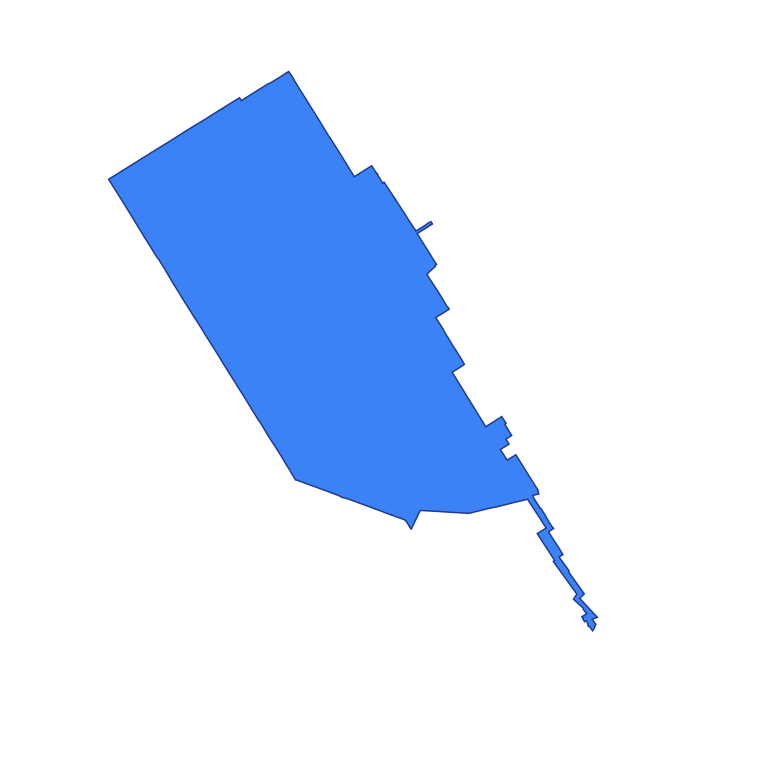 outline of Valle Hermoso, Tamaulipas, Mexico, rotated 148°
{"feature_id": "50627088B70713462324597", "entity_name": "Valle Hermoso", "entity_type": "district", "adm_level": 2, "iso_a3": "MEX", "parent_name": "Mexico", "parent_adm1": "Tamaulipas", "projection": "mercator", "projection_center": [-97.883, 25.782], "detail": "fine", "context": "isolated", "style": "filled", "palette": "blue", "viewbox_px": 768, "rotation_deg": 148, "n_neighbors": 0, "source": "geoboundaries", "source_scale": "gbopen_adm2", "svg_char_len": 5144}
<svg xmlns="http://www.w3.org/2000/svg" viewBox="0 0 768 768"><g transform="rotate(148 384 384)"><path d="M372.2,703.4L375.3,703.4L375.2,703.0L376.2,703.4L385.7,703.4L385.9,703.4L395.9,703.3L396.4,703.3L406.2,703.5L416.8,703.6L426.5,703.5L426.9,703.5L437.2,703.4L447.3,703.5L457.5,703.5L458.9,703.8L459.9,703.5L467.8,703.5L468.4,703.6L477.9,703.5L478.5,703.6L487.8,703.5L488.6,703.5L493.1,703.6L494.6,703.5L498.8,703.5L509.0,703.6L509.1,694.4L509.0,693.5L509.0,682.7L509.0,672.6L509.0,672.4L509.0,669.9L509.1,662.7L509.1,661.9L509.2,652.1L509.2,651.2L509.3,641.2L509.4,634.8L509.3,631.1L509.4,620.7L509.4,611.1L509.0,610.4L509.1,600.2L509.0,599.9L509.2,590.0L509.2,589.8L509.3,589.5L509.5,579.5L509.5,579.1L509.5,569.0L509.6,565.7L509.6,558.7L509.5,548.1L509.6,540.9L509.4,538.2L509.4,527.7L509.5,517.2L509.4,517.1L509.4,506.9L509.4,505.4L509.4,495.5L509.5,485.9L509.5,476.1L509.5,465.6L509.5,455.0L509.4,451.9L509.4,448.1L509.4,445.6L509.4,445.1L509.5,441.9L509.5,434.5L509.6,434.4L509.6,423.9L509.6,418.7L509.3,418.6L509.5,409.4L509.6,403.2L509.6,392.5L509.4,392.3L509.4,391.7L509.4,385.4L509.4,383.3L509.4,382.8L509.4,376.3L509.5,372.2L509.6,366.5L509.6,363.6L509.6,359.8L509.9,349.6L509.5,349.3L508.5,348.2L499.3,336.3L497.8,334.5L481.6,313.5L480.0,310.7L479.0,309.3L477.1,307.5L475.9,306.2L470.5,299.3L462.6,289.1L457.9,283.0L455.9,280.4L448.1,270.2L438.8,258.3L438.4,257.6L438.2,256.8L438.0,256.2L437.9,255.5L438.0,247.2L437.7,246.5L432.8,249.7L428.7,252.3L428.2,252.6L422.7,256.1L421.5,256.9L421.2,257.0L420.9,257.2L420.5,257.2L420.2,257.2L419.8,257.2L419.5,257.1L419.2,256.9L419.0,256.7L413.5,252.8L404.6,246.5L395.7,240.1L392.7,237.9L392.0,237.5L382.8,230.9L382.1,230.4L381.1,229.7L380.4,229.3L372.9,226.8L366.2,224.6L365.2,224.3L359.8,222.5L354.6,220.5L350.3,219.0L349.2,218.7L340.7,215.9L337.7,215.0L332.2,213.2L327.5,211.5L323.8,210.4L323.2,210.2L323.3,209.0L323.3,207.3L323.2,202.7L323.1,202.4L323.2,202.2L323.2,200.8L323.1,195.5L323.0,192.2L322.9,185.6L322.9,182.6L322.9,181.6L322.8,175.9L328.0,175.9L333.3,175.9L333.3,171.8L333.3,171.5L333.1,160.7L332.8,144.0L334.4,143.9L334.0,135.8L333.7,134.4L333.7,132.9L333.6,130.1L333.3,127.0L333.1,123.7L332.6,116.4L331.8,103.6L337.4,101.1L333.8,88.1L334.4,87.1L334.2,84.6L334.0,82.9L333.9,81.7L336.8,81.7L339.5,81.9L339.1,80.0L339.8,80.0L339.9,76.1L338.7,76.1L337.5,75.6L338.1,73.6L338.7,71.2L339.1,71.2L339.0,70.1L338.3,69.0L337.9,64.2L337.1,64.5L336.0,64.9L335.5,65.3L334.6,65.8L333.7,66.6L333.0,67.1L332.3,67.6L331.7,68.0L332.2,74.2L326.7,73.0L328.4,81.8L331.6,98.5L325.4,99.9L327.0,126.6L326.1,127.3L326.5,134.4L326.6,135.7L327.2,144.0L327.1,144.5L322.7,144.5L322.7,144.9L322.6,150.6L322.6,153.2L322.7,160.7L322.8,162.9L322.8,171.5L316.8,171.5L316.8,172.6L317.1,172.7L317.2,180.6L316.9,185.8L316.9,195.4L317.3,195.5L317.4,200.8L317.5,206.5L317.3,208.3L316.9,210.7L311.0,208.7L310.8,209.3L309.7,212.6L309.6,213.1L309.7,223.2L309.7,233.3L309.7,233.6L309.7,244.0L309.7,247.2L309.7,254.1L316.3,254.2L319.9,254.2L320.0,266.8L309.8,266.8L309.8,272.7L303.0,272.7L303.0,275.8L303.0,277.8L303.0,280.1L302.9,281.7L303.0,285.9L301.4,285.9L301.3,286.1L301.4,292.3L301.4,294.0L307.3,293.9L309.7,293.9L320.2,293.9L320.4,294.0L320.3,302.4L320.3,306.2L320.3,310.4L320.2,314.6L320.2,318.8L320.2,327.1L320.1,335.4L320.1,339.4L320.1,343.5L320.0,348.1L320.0,353.1L320.0,357.8L309.8,357.9L305.4,358.0L305.2,362.8L305.2,368.7L305.2,374.0L305.3,379.5L305.2,387.9L305.1,389.3L305.2,392.2L305.1,396.1L305.0,396.4L305.2,397.2L304.8,398.7L304.8,401.1L304.9,413.0L299.5,412.9L289.1,412.9L289.0,414.5L289.0,414.9L289.1,415.3L289.5,415.5L289.4,420.6L289.2,428.6L289.2,430.8L289.2,432.8L289.2,433.4L289.5,448.0L289.5,450.1L289.4,454.4L289.1,454.4L283.2,455.7L278.9,456.3L278.4,456.4L278.2,457.4L276.0,457.6L276.2,461.6L276.2,465.6L276.1,469.7L276.1,472.0L276.2,485.7L276.1,494.1L275.3,494.0L271.8,494.0L265.0,494.0L261.6,494.1L258.1,494.0L258.1,496.8L261.8,497.1L265.0,496.8L265.4,496.8L265.8,496.8L266.0,496.8L266.4,496.8L266.5,496.8L266.8,496.8L267.0,496.8L267.4,496.8L267.7,496.8L267.9,496.8L268.1,496.7L268.3,496.7L268.5,496.7L271.9,496.9L275.4,496.8L275.9,496.8L275.8,497.8L275.9,500.1L276.0,502.0L276.0,503.4L276.1,504.8L276.1,506.2L276.1,507.8L276.2,510.4L276.2,511.8L276.2,513.1L276.2,514.6L276.2,516.5L276.2,517.1L276.2,518.6L276.2,519.9L276.3,521.3L276.4,522.6L276.4,523.6L276.4,524.1L276.4,526.6L276.4,527.9L276.4,529.9L276.5,532.1L276.5,534.1L276.3,534.6L276.5,536.0L276.5,537.2L276.6,538.5L276.6,539.8L276.6,541.1L276.7,542.3L276.7,543.0L276.8,544.5L276.8,545.0L276.8,546.3L276.9,548.8L276.9,550.1L276.9,551.4L276.9,552.4L276.9,553.5L276.9,553.8L277.1,555.1L278.8,555.0L278.7,557.1L278.6,558.9L278.7,559.3L278.6,561.3L278.7,563.4L278.2,565.4L278.1,566.0L278.7,566.1L278.8,575.6L289.0,575.6L299.3,575.5L299.3,586.2L299.2,592.2L299.2,596.2L299.2,606.5L299.3,616.9L299.3,617.3L299.3,621.4L299.5,623.5L299.3,637.7L299.2,648.2L299.3,658.3L299.2,668.7L299.3,679.1L299.2,689.1L299.0,689.8L299.0,694.8L299.3,699.6L309.6,699.4L319.0,699.5L319.9,699.5L323.6,700.0L330.0,700.0L335.1,700.0L340.4,700.0L350.7,700.0L354.8,699.8L354.8,703.3L372.2,703.4Z" fill="#3b82f6" stroke="#1e3a8a" stroke-width="1.5"/></g></svg>